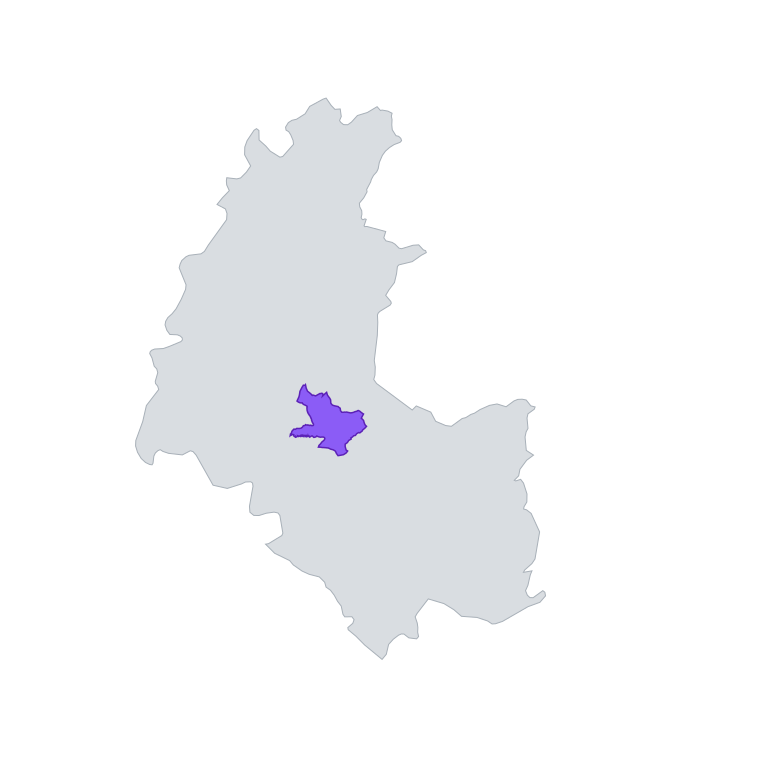 Dabola, Dabola, Guinea shown in context, rotated 217°
{"feature_id": "49546643B93693461345641", "entity_name": "Dabola", "entity_type": "district", "adm_level": 2, "iso_a3": "GIN", "parent_name": "Guinea", "parent_adm1": "Dabola", "projection": "natural_earth1", "projection_center": [-10.933, 10.773], "detail": "fine", "context": "in_parent", "style": "filled", "palette": "violet", "viewbox_px": 768, "rotation_deg": 217, "n_neighbors": 0, "source": "geoboundaries", "source_scale": "gbopen_adm2", "svg_char_len": 7541}
<svg xmlns="http://www.w3.org/2000/svg" viewBox="0 0 768 768"><g transform="rotate(217 384 384)"><path d="M459.2,502.3L453.8,501.5L451.4,502.6L444.3,512.3L440.0,516.0L433.4,514.8L431.0,515.5L429.3,514.4L431.7,509.2L435.1,498.7L443.8,488.1L444.0,485.9L440.4,479.7L436.7,471.3L436.7,462.3L436.0,455.8L428.2,454.0L426.8,452.9L426.6,450.7L431.0,439.5L431.3,437.2L430.8,435.2L426.0,429.4L418.6,418.8L405.9,396.9L401.2,392.3L396.6,385.7L394.9,381.4L390.2,379.9L345.8,380.2L345.0,385.9L329.7,389.7L320.3,385.3L309.8,387.9L304.7,390.8L300.8,403.5L298.5,406.3L296.3,412.0L294.2,415.1L291.9,421.4L286.9,430.4L281.7,436.1L272.8,439.3L270.0,448.7L267.9,452.2L264.5,455.0L260.8,456.8L253.6,454.9L249.5,456.6L248.8,454.3L251.1,446.8L249.3,442.9L242.3,435.2L241.7,431.4L239.5,426.6L230.4,416.6L221.8,417.2L224.2,408.9L224.1,397.7L221.2,391.7L222.0,385.5L220.4,385.9L217.5,390.1L212.9,388.8L203.6,382.2L198.9,375.7L198.3,370.3L197.3,368.2L194.4,369.3L188.6,369.2L170.7,359.5L158.1,335.1L157.8,329.6L159.7,320.1L159.3,317.5L153.4,323.8L152.3,319.6L147.9,309.8L146.6,304.1L142.4,301.6L138.9,301.2L136.3,303.1L132.8,314.5L130.2,314.5L127.5,312.0L128.1,303.5L135.0,292.8L146.5,265.7L150.7,259.6L153.3,257.4L158.7,257.1L169.3,253.5L182.3,245.1L192.3,245.8L204.0,244.7L219.3,239.0L219.5,220.8L219.0,216.8L213.6,213.1L210.5,210.0L207.7,206.0L204.4,203.1L204.6,200.1L211.4,196.2L217.6,196.3L219.7,194.8L221.2,192.2L223.0,185.7L223.6,178.8L219.5,169.5L219.8,162.9L242.3,163.9L254.6,165.7L264.7,166.2L266.3,167.7L264.9,174.1L266.1,177.8L269.6,178.8L275.2,174.4L278.2,175.4L284.5,180.9L290.3,182.5L296.7,185.4L302.7,187.1L308.0,186.9L312.1,190.0L319.6,191.0L329.2,187.0L336.9,185.3L347.5,184.9L353.1,186.2L369.4,183.0L382.2,184.8L380.2,186.9L374.4,201.5L375.0,204.0L388.0,216.3L391.1,217.2L394.7,215.5L400.3,209.9L404.7,203.7L408.9,200.7L413.9,200.9L417.8,205.3L427.1,223.5L429.4,225.8L431.6,225.7L435.7,222.3L437.7,218.4L446.3,206.3L459.6,200.3L491.1,214.1L495.8,215.1L498.5,214.1L502.4,206.0L514.3,199.0L520.0,197.1L523.2,196.9L524.5,194.6L525.1,191.3L524.4,187.9L520.8,181.7L520.6,179.9L522.7,178.7L527.3,177.8L533.1,178.4L539.7,181.1L545.1,185.0L548.2,189.5L554.1,208.8L560.8,223.8L560.6,244.0L563.5,246.1L566.8,246.9L568.3,248.5L571.5,256.9L574.6,259.3L578.2,259.9L585.0,265.2L589.4,267.3L590.1,268.9L589.9,271.1L588.2,273.9L581.6,279.5L578.4,284.3L571.7,295.7L571.5,297.8L572.9,299.4L575.7,299.7L578.7,298.9L584.8,294.7L589.7,296.2L594.4,299.4L596.1,302.7L596.6,307.0L595.5,312.6L595.3,318.9L596.9,329.6L599.4,340.2L601.8,344.1L617.5,353.5L619.0,357.1L619.8,361.0L618.7,366.5L617.1,369.5L608.5,377.8L607.2,381.8L607.9,389.2L608.6,420.5L612.0,425.7L616.0,428.4L625.4,426.9L625.1,435.6L623.9,445.3L629.4,448.3L632.1,451.3L633.7,454.1L625.0,459.2L622.5,462.3L621.4,470.4L621.7,477.9L633.3,483.2L637.8,489.5L639.8,496.0L640.5,508.4L639.5,511.2L636.5,511.2L630.6,503.7L621.6,502.9L614.9,501.5L603.7,502.5L601.8,504.7L600.5,521.0L603.2,523.8L608.5,526.9L612.0,528.2L615.0,527.8L617.2,529.9L617.7,535.2L616.2,539.2L613.2,542.8L609.6,552.3L610.4,561.0L604.1,574.8L602.3,577.5L593.9,574.7L588.5,573.8L584.5,577.3L579.1,571.9L578.1,567.7L576.1,566.9L572.4,566.8L569.0,569.2L567.6,573.5L566.8,582.4L560.7,590.8L556.4,601.3L551.4,600.3L550.4,601.6L545.1,604.3L540.5,605.1L539.3,602.3L536.7,600.0L533.7,595.6L530.4,592.0L523.9,589.5L521.4,590.6L518.4,590.3L516.4,588.9L516.6,586.7L520.0,581.3L521.9,576.2L523.0,570.8L522.9,565.6L521.1,558.2L518.2,552.4L517.5,549.0L517.9,544.2L517.2,539.7L516.3,537.4L514.9,528.9L513.2,527.3L512.2,520.5L512.5,513.6L510.0,510.9L506.1,509.0L503.8,506.3L502.4,503.2L500.9,502.4L499.7,502.5L498.6,504.4L497.3,504.8L495.1,498.3L494.1,498.1L492.5,499.5L474.4,506.8L472.1,500.6L468.6,499.5L462.7,502.0L459.2,502.3Z" fill="#d9dde1" stroke="#a8b0b8" stroke-width="1"/><path d="M446.3,336.2L446.3,335.4L447.7,334.5L447.6,333.7L447.5,332.1L447.1,329.8L446.7,327.6L445.8,325.9L444.9,324.2L444.3,322.8L443.9,321.2L443.4,318.8L443.2,318.0L441.8,318.0L440.2,318.3L439.3,318.7L438.3,319.4L438.0,319.7L436.9,319.3L435.8,319.3L434.1,319.7L432.3,320.0L432.0,319.9L431.9,319.6L431.6,319.4L431.6,319.1L431.3,318.9L431.1,318.7L431.0,318.4L430.8,318.1L430.6,317.8L430.4,317.6L430.2,317.4L430.0,317.2L429.8,317.0L429.6,316.8L429.5,316.6L429.2,316.4L429.0,316.2L428.8,316.1L428.5,316.0L428.3,315.7L428.0,315.6L427.8,315.4L427.6,315.4L427.4,315.2L426.9,314.9L426.5,314.7L426.3,314.7L426.0,314.6L425.7,314.6L425.5,314.4L425.3,314.3L425.0,314.3L424.8,314.1L424.6,314.1L423.9,313.9L423.6,313.8L423.2,313.6L423.0,313.4L422.7,313.4L422.2,313.1L422.0,312.9L421.8,312.7L421.6,312.7L421.3,312.6L421.2,312.5L421.0,312.4L420.8,312.3L420.7,312.1L420.4,311.9L420.1,311.7L420.0,311.4L419.8,311.3L419.5,311.2L419.3,311.0L419.0,310.9L418.9,310.7L418.6,310.5L418.4,310.5L418.2,310.3L417.9,310.2L417.6,310.1L417.4,309.9L417.0,309.9L416.6,309.7L416.3,309.6L416.2,309.4L415.9,309.2L415.7,308.9L415.6,308.7L415.6,308.3L415.7,308.1L416.0,307.8L416.2,307.7L416.5,307.4L416.7,307.2L416.9,307.2L417.2,307.1L417.4,307.1L417.7,307.1L417.8,306.9L417.9,306.7L418.1,306.4L418.4,306.1L418.7,306.0L418.9,305.9L419.0,306.0L419.6,305.7L420.2,305.5L420.2,305.2L420.6,304.9L420.9,304.8L421.3,304.6L421.5,304.5L421.7,304.4L422.1,304.3L422.0,304.1L421.9,304.0L422.1,303.7L422.3,303.4L422.4,303.0L422.7,302.8L423.0,302.5L423.3,302.2L423.3,301.9L423.2,301.6L423.2,301.2L423.2,300.9L423.2,300.4L423.2,300.0L423.5,299.6L423.5,299.2L423.8,298.6L425.0,297.4L426.1,296.6L426.9,296.1L427.5,294.5L428.2,294.1L428.8,293.8L429.0,292.3L429.1,291.1L428.9,290.3L428.5,289.2L428.3,288.1L428.6,287.8L427.8,286.3L427.5,287.7L427.0,287.7L426.9,288.6L425.6,289.2L425.0,288.3L423.8,288.1L423.6,288.4L423.4,288.9L422.6,288.3L422.0,289.1L421.6,290.0L422.1,290.7L421.2,291.0L420.6,290.7L420.3,291.2L420.1,291.7L419.9,292.1L419.5,291.9L419.5,292.7L419.0,292.5L419.1,293.1L418.6,292.9L418.5,293.8L417.8,293.3L417.6,294.0L417.2,293.8L417.1,294.5L416.4,294.1L416.6,295.0L416.0,295.5L415.5,295.0L415.1,294.9L415.0,295.9L414.3,295.4L414.2,296.2L413.4,296.2L413.7,297.0L413.0,296.5L412.8,297.3L412.5,297.4L411.3,296.9L410.7,298.7L409.9,299.4L408.0,299.1L407.7,299.3L407.4,299.7L406.6,300.7L406.4,302.0L404.7,302.4L402.8,303.2L401.9,304.1L400.6,305.1L399.3,305.4L398.4,304.8L398.1,304.0L398.1,302.7L398.7,300.3L398.7,297.9L399.0,295.9L398.4,294.1L396.7,295.3L395.1,296.1L394.3,296.7L393.2,297.4L392.6,297.8L389.9,299.4L387.3,299.9L384.9,300.9L382.8,301.1L382.2,301.0L380.2,299.9L377.6,299.1L376.5,300.2L373.8,303.2L372.7,306.2L372.7,308.6L374.6,308.5L377.4,310.7L378.8,312.6L378.0,315.2L378.2,317.7L377.1,320.3L378.0,321.0L377.3,322.7L377.1,324.4L375.9,325.7L375.9,328.0L375.0,330.0L373.9,330.4L373.2,333.1L373.1,333.4L373.4,334.3L373.0,335.9L372.6,337.8L372.5,339.7L373.9,339.8L375.2,340.3L376.9,341.4L378.4,342.6L380.2,342.9L381.5,343.0L381.8,344.4L382.1,346.3L382.3,347.7L383.3,347.6L384.3,347.6L385.0,347.6L385.8,347.6L386.9,347.7L387.4,347.6L388.0,347.5L388.4,347.4L388.7,347.3L389.1,346.6L389.3,345.9L389.9,345.2L390.6,344.3L391.3,343.0L392.3,341.8L393.3,340.8L394.6,340.2L396.0,339.5L396.9,339.2L397.3,338.7L397.9,338.2L398.2,338.1L398.5,337.9L398.7,337.7L398.9,337.5L399.6,336.8L400.5,336.2L400.8,336.0L402.8,336.6L403.6,337.5L404.5,338.3L405.9,338.2L407.0,338.4L410.4,336.8L412.5,336.1L414.8,336.6L415.2,337.0L417.1,339.2L418.8,340.0L420.6,340.5L422.5,341.1L424.8,342.8L425.3,340.5L425.8,337.4L426.4,339.0L427.3,339.4L428.1,339.2L428.7,338.3L429.4,337.9L430.5,335.5L431.4,333.4L434.1,332.4L434.4,331.7L436.5,332.1L439.1,332.2L440.7,332.2L443.7,333.9L446.3,336.2Z" fill="#8b5cf6" stroke="#5b21b6" stroke-width="1.5"/></g></svg>